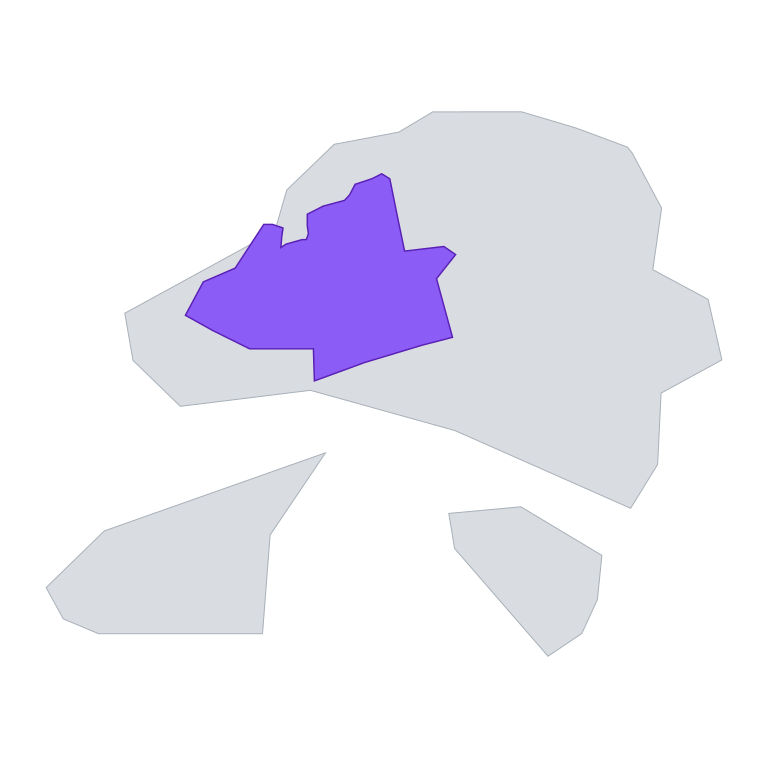 where Yuen Long sits in Hong Kong S.A.R.
{"feature_id": "HKG-5167", "entity_name": "Yuen Long", "entity_type": "state/province", "adm_level": 1, "iso_a3": "HKG", "parent_name": "Hong Kong S.A.R.", "parent_adm1": "", "projection": "orthographic", "projection_center": [114.043, 22.453], "detail": "fine", "context": "in_parent", "style": "filled", "palette": "violet", "viewbox_px": 768, "rotation_deg": 0, "n_neighbors": 0, "source": "natural_earth", "source_scale": "10m", "svg_char_len": 1081}
<svg xmlns="http://www.w3.org/2000/svg" viewBox="0 0 768 768"><path d="M286.7,190.1L290.6,186.3L334.2,144.3L398.8,132.1L432.7,111.9L521.5,111.8L576.0,128.0L627.4,147.1L632.3,153.2L661.6,208.1L652.8,269.7L708.1,299.4L721.9,359.9L661.1,393.1L657.6,464.5L630.6,508.3L455.0,430.6L310.3,390.3L180.3,406.3L133.0,360.4L124.8,313.2L274.9,231.1L286.7,190.1ZM262.5,633.7L98.5,633.7L63.3,618.9L46.1,587.6L104.3,530.9L325.5,452.8L270.1,535.0L262.5,633.7ZM581.8,633.5L548.0,656.2L454.6,548.5L448.8,513.4L520.8,506.8L601.9,555.4L597.4,599.6L581.8,633.5Z" fill="#d9dde1" stroke="#a8b0b8" stroke-width="1"/><path d="M185.4,315.3L203.3,281.9L235.2,268.1L263.8,224.4L272.4,224.4L283.0,228.0L281.7,237.0L280.9,247.5L286.1,244.1L302.1,239.6L306.3,239.6L308.4,233.7L307.3,225.8L307.3,214.2L323.2,206.1L344.5,200.4L349.7,194.7L355.1,184.3L365.7,180.8L372.2,178.6L381.7,173.8L389.8,178.8L397.2,215.5L404.6,251.1L443.9,246.5L455.6,254.6L436.5,278.7L452.5,337.3L421.7,345.3L364.3,362.6L314.4,380.9L313.4,348.8L249.6,348.8L212.5,330.4L185.4,315.3Z" fill="#8b5cf6" stroke="#5b21b6" stroke-width="1.5"/></svg>